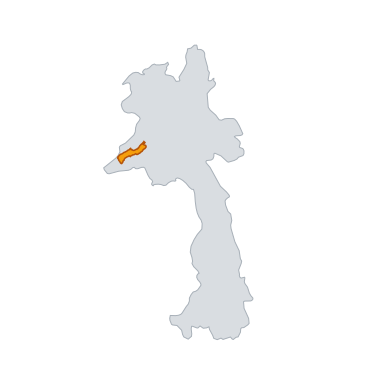 location of Parklai, Xaignabouri, Laos, rotated 28°
{"feature_id": "54806243B45153092091690", "entity_name": "Parklai", "entity_type": "district", "adm_level": 2, "iso_a3": "LAO", "parent_name": "Laos", "parent_adm1": "Xaignabouri", "projection": "albers", "projection_center": [101.569, 18.46], "detail": "fine", "context": "in_parent", "style": "filled", "palette": "amber", "viewbox_px": 384, "rotation_deg": 28, "n_neighbors": 0, "source": "geoboundaries", "source_scale": "gbopen_adm2", "svg_char_len": 7420}
<svg xmlns="http://www.w3.org/2000/svg" viewBox="0 0 384 384"><g transform="rotate(28 192 192)"><path d="M138.2,63.8L139.8,66.7L147.3,74.6L148.6,76.8L151.3,78.4L153.6,85.5L154.6,85.9L155.8,85.4L156.8,84.4L157.5,81.7L158.0,81.4L158.9,83.6L161.0,84.3L161.9,85.2L162.2,86.9L161.9,88.7L160.2,92.7L159.2,98.1L166.6,109.6L169.7,111.2L177.0,113.0L182.0,115.5L184.3,114.8L186.5,112.0L189.1,110.3L194.0,107.8L195.4,107.6L198.2,108.6L202.7,111.4L209.5,116.7L209.3,118.1L208.1,119.5L204.5,121.7L203.4,123.1L204.1,123.6L207.1,123.9L210.7,125.1L211.8,126.5L212.5,129.7L213.1,130.3L216.4,129.8L217.4,130.3L218.6,131.3L219.9,133.9L219.9,135.9L216.7,139.5L216.3,141.6L214.6,144.2L210.2,148.5L209.0,148.7L200.6,146.5L194.0,147.0L193.4,147.9L194.6,150.4L194.9,152.9L193.9,154.8L190.1,157.4L190.0,158.5L190.8,159.6L196.4,161.8L214.4,173.6L222.5,175.8L226.1,177.3L227.1,178.1L227.1,179.2L226.2,180.5L225.4,182.9L225.4,184.4L226.3,185.7L227.8,187.8L232.9,192.3L236.5,193.3L240.5,198.5L241.7,203.1L243.7,206.0L253.2,215.8L261.2,221.7L266.0,228.2L268.3,229.7L269.0,232.1L269.8,239.0L272.6,242.4L273.2,243.8L274.4,244.8L275.7,245.0L278.4,242.6L279.0,243.0L280.3,246.6L281.5,247.9L285.7,250.0L290.2,254.4L292.6,255.9L295.6,257.1L296.1,258.4L295.6,259.9L294.7,260.8L289.7,263.6L289.0,264.7L292.6,270.3L301.3,277.0L304.1,281.2L303.6,283.2L301.4,287.4L299.6,288.5L299.2,289.8L300.6,293.1L300.7,298.3L299.1,299.6L297.7,302.8L296.6,303.0L294.0,302.0L288.6,307.6L286.2,307.4L283.6,310.5L280.0,311.0L277.5,308.8L272.2,305.3L270.2,303.1L268.7,305.1L265.9,307.0L262.0,306.5L261.1,309.2L260.3,309.7L255.6,310.3L254.7,310.8L255.5,313.2L258.4,317.4L259.3,319.7L257.7,323.7L252.8,323.8L250.6,322.2L247.7,318.9L241.4,316.9L237.3,318.5L236.0,318.4L232.8,315.7L231.6,313.9L230.8,311.2L235.5,308.9L237.9,307.2L239.5,305.4L240.1,303.5L240.7,295.7L241.3,292.9L240.9,289.5L239.5,286.9L239.4,282.9L240.0,279.7L241.8,278.0L243.0,275.7L243.7,270.4L243.1,269.1L241.3,267.9L238.2,266.7L236.3,265.2L235.5,263.4L235.6,261.8L236.4,260.4L234.2,258.9L228.7,257.2L225.6,255.2L225.0,252.8L222.6,249.7L218.7,245.9L216.6,240.3L216.2,233.0L216.6,227.0L218.1,220.1L215.8,215.1L213.3,212.6L209.8,210.7L206.5,208.0L203.3,204.4L199.5,199.1L195.1,192.1L192.1,189.0L190.6,189.7L187.5,189.1L182.7,187.1L178.5,186.1L175.0,185.9L172.6,186.4L171.6,187.5L171.5,188.6L172.4,189.6L171.9,190.4L170.1,191.1L168.6,192.2L166.9,194.8L165.8,198.2L164.0,199.6L161.3,199.9L158.6,200.9L156.0,202.5L154.7,203.8L154.9,204.6L154.3,204.8L153.0,204.4L152.4,203.3L152.5,201.5L151.1,200.3L148.3,199.7L145.2,197.8L139.2,193.0L137.8,192.8L135.8,194.0L133.3,196.8L131.2,197.9L129.5,197.3L128.2,198.3L127.3,200.8L125.6,202.7L117.6,208.0L110.3,214.8L108.5,215.4L104.1,213.5L102.7,212.1L108.7,198.2L109.6,194.9L109.5,190.4L106.9,186.7L106.8,185.6L107.2,184.5L110.3,180.1L113.9,169.0L113.7,165.6L112.1,161.8L111.3,158.2L112.0,153.3L111.7,151.4L110.1,150.4L104.6,149.4L101.4,150.2L99.9,151.5L98.1,152.4L94.6,152.8L91.4,151.1L88.6,148.3L88.0,144.8L91.5,137.4L92.3,134.6L92.2,133.2L91.6,131.8L90.8,131.6L89.1,129.8L87.4,126.7L85.8,125.3L84.3,125.6L82.9,126.7L80.6,129.6L79.9,129.3L82.0,119.0L83.9,114.7L86.2,112.7L88.5,111.8L91.0,112.1L93.1,111.8L94.8,110.7L94.6,110.1L92.6,110.0L91.9,108.8L92.3,106.6L93.2,105.2L94.5,104.5L95.9,102.4L97.1,98.6L98.7,96.7L100.5,96.7L103.6,95.1L108.1,91.9L109.7,88.9L111.4,90.3L110.8,93.8L111.7,94.6L112.1,95.9L111.8,97.8L112.2,99.5L112.9,100.3L113.8,100.8L118.5,99.3L121.4,99.2L126.1,101.8L128.8,99.9L128.9,99.2L126.6,96.7L127.3,87.7L127.0,80.9L123.1,75.9L122.3,73.8L121.9,70.5L120.9,67.7L123.6,65.4L125.1,61.3L127.0,60.2L127.6,60.4L130.0,63.5L132.9,62.0L135.2,62.0L137.1,62.8L138.2,63.8Z" fill="#d9dde1" stroke="#a8b0b8" stroke-width="1"/><path d="M117.1,195.9L117.1,195.7L117.0,195.4L116.9,195.3L116.9,195.2L116.8,194.9L116.8,194.7L116.9,194.3L116.9,194.2L116.9,193.9L117.0,193.8L117.0,193.5L117.1,193.4L117.3,193.0L117.3,192.9L117.5,192.6L117.7,192.4L117.8,192.3L117.8,192.1L118.0,191.7L118.3,191.3L118.6,191.1L118.8,190.9L118.9,190.6L119.0,190.4L119.1,190.2L119.3,189.9L119.5,189.8L119.6,189.7L119.8,189.7L120.0,189.5L120.4,189.7L120.5,189.7L120.8,189.7L120.8,189.4L120.9,189.2L121.0,188.9L121.4,188.5L121.8,188.1L121.9,187.9L121.9,187.7L122.0,187.4L122.1,187.2L122.3,187.0L122.4,186.9L122.6,186.8L122.9,186.7L123.0,186.6L123.2,186.4L123.3,186.3L123.4,186.2L123.5,186.0L123.6,185.9L123.7,185.7L123.8,185.6L123.9,185.3L124.0,185.2L124.1,184.9L124.3,184.6L124.5,184.6L124.8,184.7L125.1,184.8L125.3,184.8L125.6,184.8L125.9,184.7L126.0,184.6L126.2,184.2L126.3,184.1L126.5,184.0L126.5,183.9L126.7,183.7L126.8,183.4L126.9,183.2L127.0,182.9L127.1,182.7L127.4,182.6L127.5,182.5L127.6,182.4L127.6,182.2L127.7,181.9L127.8,181.8L127.9,181.4L127.9,181.1L128.0,181.0L128.1,180.7L128.3,180.5L128.4,180.2L128.5,180.1L128.6,179.8L128.7,179.7L128.8,179.6L128.9,179.3L128.9,179.2L128.9,178.8L128.9,178.7L128.9,178.4L128.9,178.2L129.0,178.1L129.0,177.9L129.1,177.6L129.2,177.4L129.2,177.2L129.3,177.1L129.4,176.9L129.5,176.6L129.6,176.3L129.6,176.2L129.8,176.0L129.9,175.9L130.0,175.8L130.0,175.7L130.1,175.4L130.1,175.2L130.2,174.9L130.2,174.7L130.3,174.5L130.3,174.3L130.3,174.0L130.3,173.9L130.2,173.9L130.2,173.7L130.0,173.4L129.9,173.3L129.8,173.2L129.7,173.1L129.5,172.9L129.4,172.8L129.4,172.7L129.2,172.6L128.9,172.6L128.6,172.7L128.4,172.8L128.1,172.9L127.9,172.9L127.2,172.9L126.8,172.8L126.7,172.8L126.7,172.5L126.6,172.3L126.7,172.2L126.8,172.0L126.8,171.8L126.9,171.6L127.1,171.4L127.1,171.1L127.2,170.8L127.3,170.6L127.3,170.4L127.1,170.3L126.9,170.3L126.8,170.5L126.6,170.5L126.5,170.4L126.3,170.2L126.2,170.2L126.1,170.3L126.1,170.2L125.9,170.1L125.9,170.3L125.8,170.5L125.7,170.8L125.6,171.2L125.5,171.6L125.6,171.9L125.4,172.4L125.2,172.6L125.1,172.8L125.1,173.1L125.1,173.3L124.9,173.6L124.8,173.8L124.7,173.9L124.6,174.0L124.6,174.5L124.5,174.8L124.4,175.1L124.3,175.4L124.2,175.7L124.2,176.0L124.2,176.7L124.2,177.1L124.1,177.3L124.1,177.6L124.1,178.0L124.1,178.4L124.0,178.5L123.8,178.5L123.7,179.5L123.3,179.7L123.2,179.9L123.1,180.2L122.8,180.3L122.7,180.5L122.2,181.3L122.0,181.5L121.8,181.9L121.6,182.1L121.5,182.3L121.2,182.5L120.8,182.8L120.7,182.8L120.3,182.9L120.1,182.9L119.6,182.9L119.4,182.8L119.2,182.8L118.9,182.7L118.8,182.8L118.7,182.9L118.6,183.1L118.3,183.1L118.1,183.0L118.0,182.8L117.8,182.7L117.3,182.3L117.1,182.6L117.0,183.0L116.8,183.5L116.8,183.8L116.7,184.0L116.6,184.3L116.5,184.5L116.4,184.6L116.0,184.9L115.8,185.2L115.7,185.4L115.4,186.2L115.2,186.6L114.9,187.0L114.7,187.4L114.4,187.7L114.3,188.1L114.0,188.4L113.7,188.6L113.4,188.9L113.2,189.3L113.0,189.8L112.9,190.0L112.6,190.6L112.4,191.0L112.0,191.5L111.6,191.9L111.4,192.1L111.1,192.3L111.0,192.5L110.9,193.0L110.8,193.3L110.7,193.5L110.6,193.8L110.6,194.0L110.5,194.3L110.4,194.5L110.3,195.0L110.1,195.5L110.3,195.8L110.2,195.9L110.2,196.0L110.4,196.3L110.5,196.5L110.4,196.6L110.5,196.7L110.5,196.8L110.5,197.0L110.8,197.2L111.0,197.3L111.4,197.4L111.6,197.5L111.9,197.7L112.0,197.9L112.1,198.0L112.3,198.3L112.5,198.4L112.7,198.5L112.8,198.5L113.0,198.5L112.9,198.5L113.0,198.6L113.3,198.8L113.9,199.0L114.4,199.4L114.6,199.5L114.8,199.6L115.0,199.8L115.4,199.9L115.7,200.0L115.9,200.1L116.1,200.1L116.4,200.0L116.5,200.0L116.6,199.9L116.7,199.5L116.6,199.3L116.8,198.9L116.8,198.6L116.9,198.4L116.9,198.2L116.7,197.9L116.7,197.7L116.7,197.3L116.6,197.0L116.6,196.8L116.6,196.6L116.8,196.5L116.8,196.3L116.9,196.2L117.1,195.9Z" fill="#f59e0b" stroke="#b45309" stroke-width="1.5"/></g></svg>